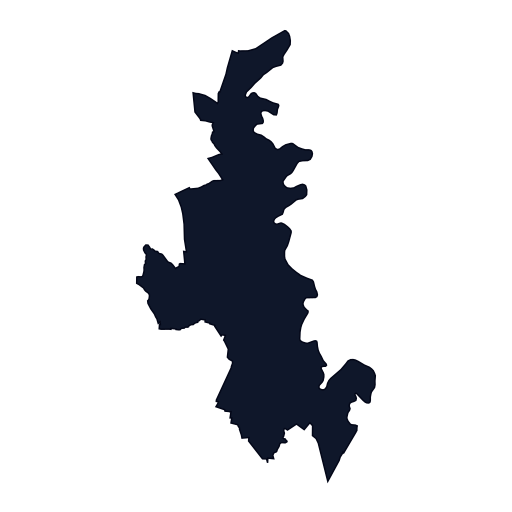 the district of Numarán, Michoacán, Mexico
{"feature_id": "50627088B90395598020447", "entity_name": "Numarán", "entity_type": "district", "adm_level": 2, "iso_a3": "MEX", "parent_name": "Mexico", "parent_adm1": "Michoacán", "projection": "robinson", "projection_center": [-101.961, 20.258], "detail": "fine", "context": "isolated", "style": "filled", "palette": "ink", "viewbox_px": 512, "rotation_deg": 0, "n_neighbors": 0, "source": "geoboundaries", "source_scale": "gbopen_adm2", "svg_char_len": 6069}
<svg xmlns="http://www.w3.org/2000/svg" viewBox="0 0 512 512"><path d="M284.7,30.7L271.9,37.9L255.8,48.7L248.0,50.9L239.9,51.0L238.6,50.8L238.3,53.2L236.0,52.5L232.3,50.8L227.4,67.8L226.0,74.2L219.9,91.9L219.1,91.9L218.3,93.6L218.2,100.6L218.4,101.4L217.3,103.5L215.7,102.1L210.5,98.6L205.1,95.5L198.7,93.7L195.8,93.5L193.1,92.8L195.0,112.0L200.2,118.8L200.7,120.3L205.6,120.8L209.4,121.9L213.4,122.7L212.2,125.0L212.3,126.1L214.1,131.7L212.6,132.1L212.2,134.3L211.6,135.4L211.4,136.3L211.0,138.4L211.1,139.7L211.9,140.8L212.5,142.2L214.2,144.0L214.9,145.6L216.5,147.8L220.3,151.8L221.9,154.0L218.8,154.6L211.9,157.5L208.1,158.5L215.9,169.9L218.6,173.3L222.7,179.7L220.3,180.6L213.9,180.7L212.4,181.2L208.9,183.6L207.0,184.2L206.4,184.9L204.0,185.5L201.4,187.0L198.1,188.3L190.0,189.1L189.3,187.7L175.1,194.4L178.6,199.9L181.3,207.1L182.8,213.7L184.1,224.1L184.5,239.2L186.5,251.9L183.7,251.4L184.9,263.9L180.1,263.6L179.4,264.1L179.1,266.5L176.6,267.7L175.6,268.6L172.5,264.6L170.9,263.1L168.6,262.3L167.6,261.6L162.8,255.1L161.7,254.1L159.1,253.5L158.6,253.2L157.6,251.5L156.6,251.6L156.0,251.2L155.1,251.5L154.1,250.2L152.4,249.0L150.6,249.2L149.7,247.4L148.0,245.1L145.8,245.0L143.9,247.1L143.5,248.2L143.6,250.0L145.1,253.0L146.1,253.8L146.4,255.3L146.0,256.9L146.2,259.5L145.3,261.0L145.4,262.5L145.8,263.2L145.5,264.0L144.8,264.2L144.5,264.6L144.0,267.5L144.1,270.1L143.9,271.8L143.1,274.9L142.7,276.1L142.3,276.5L141.1,276.9L138.2,276.7L136.8,277.0L136.7,283.3L139.1,284.6L143.6,288.0L144.5,289.7L145.7,291.1L148.4,293.1L149.4,294.8L149.4,296.4L149.1,298.7L148.6,299.9L147.7,300.8L148.0,303.4L150.8,308.8L154.4,313.9L155.7,316.9L156.9,318.8L158.2,323.3L160.1,321.8L160.4,324.6L159.5,324.5L159.2,328.8L161.1,329.2L168.8,329.1L170.9,329.3L170.9,328.4L175.9,328.9L176.0,329.5L178.9,329.8L180.1,329.7L181.4,328.3L184.2,328.1L185.3,327.1L187.8,327.1L188.6,326.7L189.1,325.5L191.5,324.6L193.1,324.6L194.7,323.2L196.2,322.6L197.7,322.3L197.7,321.4L199.1,320.7L200.8,319.2L205.2,319.9L205.1,321.9L209.8,323.1L209.8,323.8L214.9,325.4L214.7,326.2L221.1,336.0L222.0,334.8L225.4,335.4L223.7,340.1L224.5,341.2L228.3,349.1L227.4,357.2L229.2,359.3L232.4,361.0L232.6,363.2L231.4,366.5L231.3,367.7L216.4,400.0L216.3,401.4L218.5,401.7L217.7,403.8L216.0,406.7L224.7,409.7L225.0,411.1L229.2,411.5L229.7,411.8L231.0,411.7L230.1,417.9L231.8,418.0L231.0,423.0L237.7,424.7L238.3,426.3L239.6,428.1L239.5,429.2L241.4,434.9L242.0,438.1L248.9,437.5L248.6,441.0L262.5,458.8L266.3,458.9L266.6,459.1L267.6,462.8L267.8,458.1L273.7,458.7L272.8,455.5L273.0,454.7L274.0,452.7L276.3,451.8L276.8,451.1L277.2,449.6L279.0,446.5L279.8,443.7L280.9,442.8L282.2,442.6L285.2,442.8L286.9,441.8L287.0,441.2L286.0,440.3L285.2,439.0L283.9,438.7L282.6,437.9L283.6,436.3L284.4,433.1L283.7,430.9L283.9,429.6L284.3,428.6L285.1,428.5L287.5,430.0L296.5,424.0L304.2,429.6L309.9,422.7L312.6,425.7L312.5,435.6L316.1,438.5L318.3,443.1L327.8,481.3L339.1,460.5L340.2,457.0L342.0,454.2L343.0,452.0L343.7,452.9L356.0,432.0L356.0,431.6L356.8,430.6L356.9,427.6L357.2,425.9L355.3,425.1L351.7,424.8L350.3,424.2L348.0,421.2L347.0,418.9L346.8,417.4L347.7,413.3L348.2,412.1L349.4,410.5L350.0,408.7L349.2,406.1L349.3,404.7L349.9,403.2L351.3,402.2L353.8,401.4L355.8,400.4L356.3,398.4L355.9,396.7L355.0,394.9L355.0,393.9L355.5,393.3L356.5,393.4L363.1,400.3L365.2,402.1L366.7,402.8L368.4,403.0L369.3,402.7L370.0,402.0L370.3,400.4L370.3,397.0L370.9,393.6L371.5,391.8L374.5,387.5L375.0,384.7L374.9,381.0L375.3,375.7L374.6,373.6L373.3,370.8L371.6,369.0L369.4,367.3L364.3,365.1L358.3,361.5L355.4,360.1L353.1,359.6L350.6,359.7L348.0,361.0L346.0,363.7L341.0,369.6L330.7,378.5L329.0,380.5L327.6,383.3L326.8,386.7L325.3,388.9L324.3,389.5L323.0,389.9L321.0,389.5L319.4,388.6L319.0,387.8L319.0,385.9L319.4,385.1L322.0,382.3L323.1,380.5L323.8,377.0L323.8,374.5L323.2,372.7L321.2,368.8L321.1,367.5L321.5,366.8L323.3,366.3L325.6,366.2L326.5,365.2L326.1,364.0L323.2,360.7L321.2,356.5L319.3,353.2L318.1,350.1L317.4,346.5L317.0,342.3L316.6,341.2L315.4,340.8L314.0,341.0L307.7,343.3L305.9,343.2L302.4,342.1L300.2,340.6L299.7,339.1L300.0,332.0L300.8,327.3L301.7,324.3L304.2,319.0L307.7,313.2L308.1,311.9L307.9,310.8L307.1,310.4L305.1,308.4L303.8,306.8L303.0,304.5L303.0,302.9L303.7,301.1L305.2,298.5L306.3,297.7L315.3,297.5L316.8,296.6L317.4,294.9L316.8,292.0L315.4,289.3L314.5,286.5L313.4,281.9L312.3,280.2L306.8,278.2L299.4,274.9L299.5,274.6L296.3,272.4L292.0,268.9L288.0,264.8L284.9,259.0L284.5,256.3L284.5,252.2L284.7,250.3L287.3,245.7L288.7,241.6L291.1,232.7L291.1,231.0L289.6,228.8L287.6,226.9L284.4,224.4L281.6,223.1L280.5,223.1L276.9,224.3L275.2,223.8L273.8,222.6L273.6,220.9L274.5,219.0L275.6,217.8L278.3,216.1L282.3,214.2L283.1,212.2L283.8,209.6L284.5,208.6L286.0,207.2L288.7,205.7L291.1,204.1L296.0,200.0L298.0,199.2L302.6,198.5L305.3,196.4L306.6,194.7L306.8,189.9L305.7,186.0L304.6,185.0L302.6,184.3L300.4,184.8L296.4,186.5L294.0,187.9L290.5,188.4L287.1,187.9L285.4,186.7L283.8,185.0L283.2,183.6L282.9,181.7L283.2,180.9L285.8,177.1L287.1,175.6L290.5,173.7L291.8,172.5L293.1,170.6L297.1,163.4L298.9,161.4L302.4,160.7L307.7,160.5L310.2,159.3L311.9,156.4L312.4,153.7L311.9,151.6L311.1,150.6L310.0,150.1L308.8,149.9L305.3,149.9L301.8,148.9L298.0,147.5L292.7,143.6L291.1,143.4L285.8,144.8L282.5,146.7L279.6,149.1L277.4,149.6L275.2,148.4L272.8,143.8L271.0,141.7L269.0,140.2L266.1,138.8L264.1,137.1L261.2,135.2L257.3,134.2L255.0,133.0L253.5,131.8L253.1,130.1L253.5,127.9L255.5,125.5L257.0,124.1L262.4,123.4L263.2,122.1L263.2,120.5L262.6,118.3L261.7,116.6L260.8,113.7L261.0,112.3L261.9,111.1L263.5,110.6L265.7,110.6L268.1,111.1L273.7,114.7L276.3,114.9L277.0,113.0L277.4,109.4L278.5,106.5L278.7,105.3L278.1,104.3L273.0,102.9L269.7,101.4L266.1,99.5L260.1,98.1L257.7,96.4L255.7,93.5L254.4,92.8L253.1,92.8L251.3,93.5L248.9,96.8L247.7,97.6L246.2,97.3L245.3,96.1L245.3,94.9L246.4,92.0L251.3,87.2L254.6,83.4L260.8,77.8L263.3,74.7L266.6,72.5L272.8,67.5L276.1,66.3L280.8,65.1L282.5,63.1L283.0,61.2L282.7,56.9L283.9,54.5L287.0,49.9L290.1,44.6L290.3,40.7L289.6,36.4L288.5,33.5L285.9,30.9L284.7,30.7Z" fill="#0f172a" stroke="#020617" stroke-width="1.5"/></svg>